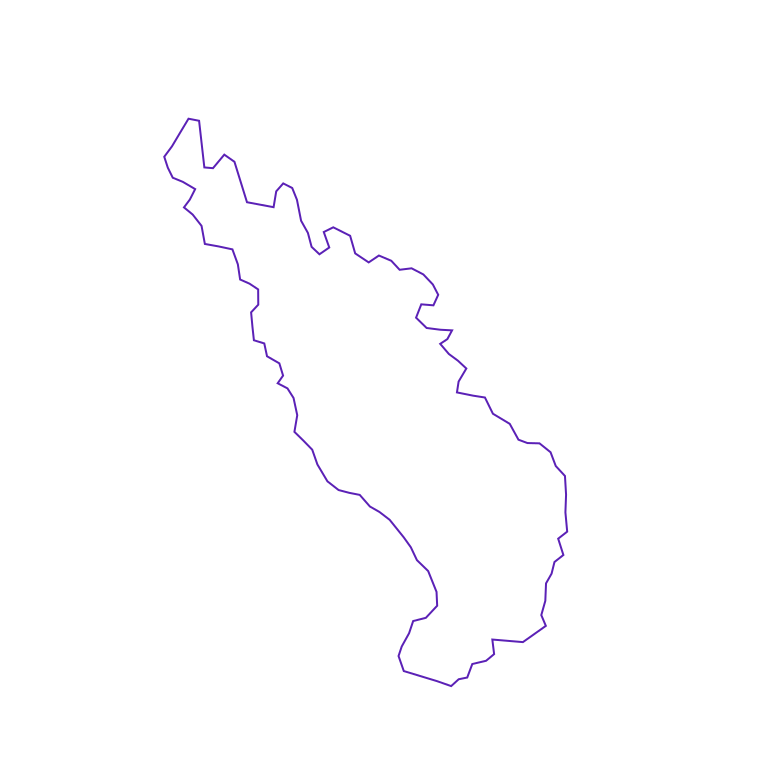 outline of Vista Alegre, Rio Grande do Sul, Brazil, rotated 344°
{"feature_id": "56859067B7058350465037", "entity_name": "Vista Alegre", "entity_type": "district", "adm_level": 2, "iso_a3": "BRA", "parent_name": "Brazil", "parent_adm1": "Rio Grande do Sul", "projection": "equal_earth", "projection_center": [-53.516, -27.316], "detail": "fine", "context": "isolated", "style": "outline", "palette": "violet", "viewbox_px": 768, "rotation_deg": 344, "n_neighbors": 0, "source": "geoboundaries", "source_scale": "gbopen_adm2", "svg_char_len": 1673}
<svg xmlns="http://www.w3.org/2000/svg" viewBox="0 0 768 768"><g transform="rotate(344 384 384)"><path d="M257.3,86.2L245.7,97.1L235.4,105.0L235.8,116.4L237.8,127.5L246.3,134.2L256.2,144.6L248.2,153.2L240.4,159.1L246.8,168.4L252.2,181.7L250.4,200.0L262.8,206.1L275.4,212.8L276.5,228.7L274.5,243.9L282.4,250.5L289.1,258.4L285.0,273.1L276.0,278.5L273.3,292.8L271.0,306.1L280.1,312.0L279.2,325.1L289.1,335.3L289.3,348.1L282.0,354.0L290.0,361.6L293.2,372.5L292.0,390.1L284.7,405.3L290.9,416.2L296.9,427.4L297.8,443.0L302.8,462.0L311.1,473.4L320.7,479.1L330.1,483.9L336.7,497.9L344.3,505.7L352.0,516.1L360.7,536.8L364.8,548.4L367.1,562.4L374.9,576.0L377.2,598.3L374.0,611.8L359.8,620.3L346.7,619.9L339.4,630.5L328.7,641.2L323.0,649.5L323.9,665.4L353.0,684.2L365.3,692.9L374.4,688.4L383.1,689.1L391.7,677.5L405.8,678.2L415.4,674.0L417.7,659.5L446.4,670.4L472.9,661.1L471.5,649.5L479.3,636.9L484.8,620.3L492.8,612.5L498.8,602.1L509.3,597.8L508.8,580.7L519.4,576.4L523.0,557.4L528.5,540.6L532.6,522.3L526.5,510.2L525.3,495.5L517.1,483.9L505.6,480.3L497.9,474.6L493.9,457.0L480.5,442.6L477.3,424.8L466.5,419.8L451.8,412.2L456.4,402.2L467.4,391.8L461.5,382.0L454.6,373.0L449.1,360.9L457.3,358.3L464.2,351.2L453.2,347.4L440.4,341.9L433.1,329.1L441.8,317.7L453.2,322.0L460.7,313.2L458.4,301.8L452.0,289.5L442.4,280.4L430.5,278.5L425.0,267.6L414.5,259.1L402.8,262.9L392.3,250.5L392.3,232.2L378.4,219.4L368.0,221.3L369.0,237.7L357.7,241.5L352.2,232.2L352.5,217.8L349.3,204.2L351.1,182.9L349.8,170.3L342.4,163.4L333.5,169.1L326.6,183.6L302.4,171.5L301.5,129.2L293.7,119.5L279.1,129.4L271.0,126.3L278.8,80.0L269.2,75.1L257.3,86.2Z" fill="none" stroke="#5b21b6" stroke-width="2"/></g></svg>